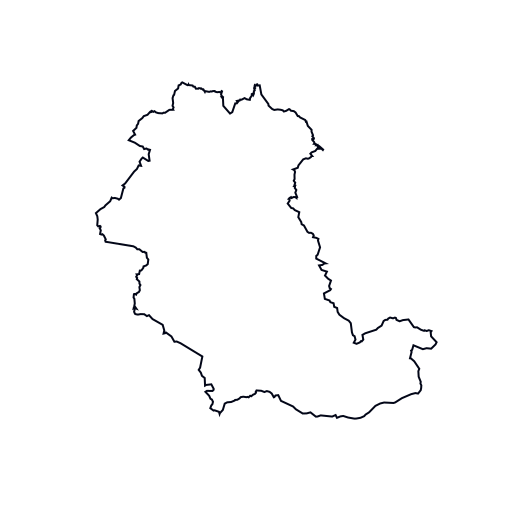 Lifford-Stranorlar Lea-6, Donegal, Ireland, rotated 69°
{"feature_id": "5873133B69749427395931", "entity_name": "Lifford-Stranorlar Lea-6", "entity_type": "district", "adm_level": 2, "iso_a3": "IRL", "parent_name": "Ireland", "parent_adm1": "Donegal", "projection": "mercator", "projection_center": [-7.813, 54.836], "detail": "fine", "context": "isolated", "style": "outline", "palette": "ink", "viewbox_px": 512, "rotation_deg": 69, "n_neighbors": 0, "source": "geoboundaries", "source_scale": "gbopen_adm2", "svg_char_len": 6082}
<svg xmlns="http://www.w3.org/2000/svg" viewBox="0 0 512 512"><g transform="rotate(69 256 256)"><path d="M369.9,136.4L368.5,141.8L368.4,145.3L366.0,147.7L364.0,147.6L363.3,148.4L363.3,150.4L361.5,152.9L361.8,155.0L362.6,156.1L362.0,158.2L362.4,160.1L366.0,163.7L366.9,168.1L367.9,170.1L367.3,181.7L367.8,184.9L372.5,185.8L373.6,187.9L373.1,188.4L373.9,190.1L374.0,193.6L372.0,195.8L369.7,193.1L366.2,192.7L364.7,193.9L361.7,193.8L352.7,191.6L349.6,192.6L345.6,196.1L340.7,199.2L337.4,199.8L333.6,198.9L331.5,201.2L327.9,200.5L325.8,203.1L323.9,203.3L320.7,207.1L315.3,206.0L314.5,199.0L313.7,197.9L312.5,198.7L310.2,198.5L305.8,194.8L303.1,196.8L299.0,198.6L296.0,195.4L292.5,199.8L287.4,200.5L288.1,197.3L287.5,194.8L287.8,193.7L280.0,200.7L277.5,199.7L276.9,198.0L270.9,193.1L263.8,192.6L262.4,191.6L260.6,193.3L258.9,196.0L257.4,194.7L255.6,195.0L254.0,196.4L253.4,198.2L251.9,199.3L244.7,200.3L242.7,202.0L240.5,201.6L234.9,202.6L230.6,199.9L227.0,203.4L224.9,204.2L223.8,205.9L218.4,207.6L216.4,204.8L214.7,204.4L214.4,204.9L213.8,203.8L213.7,202.7L214.1,202.5L213.8,202.1L214.6,201.8L214.4,199.9L215.0,198.3L216.4,197.4L215.7,197.1L215.7,196.5L211.0,196.6L208.8,194.7L206.5,195.4L204.7,194.5L204.5,195.0L204.1,194.2L203.6,194.7L201.6,193.1L199.3,193.8L198.0,192.4L193.8,190.9L191.5,189.4L189.7,189.4L188.5,190.4L188.6,185.4L186.6,183.9L182.7,177.3L182.7,174.4L183.8,172.7L183.9,171.6L183.3,169.2L182.6,168.3L182.8,167.7L180.0,168.6L179.2,167.0L179.2,163.0L177.8,160.6L179.3,156.4L181.0,155.6L180.7,155.2L176.7,157.3L177.5,158.0L177.0,159.0L176.5,158.2L174.8,158.5L175.2,159.2L174.5,159.3L174.2,160.1L173.8,159.5L172.9,160.1L172.1,161.6L171.7,160.9L170.4,160.9L167.7,161.9L167.0,161.6L167.5,160.3L166.8,159.7L164.4,160.5L163.7,159.5L159.9,159.6L158.1,158.9L153.1,161.0L148.6,160.7L148.6,161.3L146.7,161.3L142.4,165.2L140.7,165.9L140.3,166.9L136.2,167.6L134.3,168.8L132.9,171.3L131.0,172.1L130.7,172.6L131.3,175.8L131.1,178.2L129.6,178.8L128.3,180.6L126.9,183.3L126.2,186.6L124.6,188.2L120.1,190.4L118.5,190.0L107.1,193.1L98.0,191.4L97.5,193.3L96.2,193.3L96.1,194.0L97.5,194.6L96.6,194.5L96.6,195.6L96.1,195.9L96.9,196.5L97.8,196.1L98.2,197.2L99.2,197.0L99.2,197.7L101.0,197.9L101.3,198.9L103.7,199.8L104.4,200.5L103.2,200.4L103.3,201.6L104.4,201.4L104.3,202.4L105.0,202.6L106.2,204.7L108.0,205.8L106.4,208.5L104.5,210.1L104.9,213.5L104.3,214.7L105.0,215.4L104.9,216.4L105.4,217.2L104.6,216.9L104.4,218.3L105.5,218.1L106.6,219.3L106.1,220.7L113.2,226.6L113.7,229.2L104.1,232.7L97.4,230.5L95.7,231.0L96.2,230.0L95.9,229.8L94.2,230.7L92.6,230.7L90.1,228.7L89.7,229.0L90.7,230.4L89.7,231.5L89.2,233.5L88.0,235.2L87.2,235.4L86.6,237.1L86.6,238.4L86.1,239.2L86.0,240.9L83.9,244.3L84.5,244.9L81.7,245.4L81.8,245.9L80.0,247.0L80.1,247.5L79.3,248.1L78.8,249.4L79.1,249.9L78.2,252.2L76.1,252.4L75.4,253.8L74.1,254.1L72.3,257.6L71.8,257.6L72.1,257.9L72.0,258.7L67.5,262.6L67.6,263.4L68.9,264.9L69.0,267.1L71.7,268.7L72.9,272.5L76.2,274.7L76.4,275.5L78.7,277.3L83.5,278.5L85.9,280.1L87.7,279.7L89.1,281.0L89.8,280.9L88.5,284.5L89.7,289.6L89.1,290.9L89.3,292.3L87.6,296.0L86.1,297.9L84.4,298.9L84.6,300.3L83.1,301.3L83.4,302.8L84.0,302.7L83.9,304.0L85.3,306.7L85.2,310.7L86.5,312.7L87.9,317.2L90.3,318.7L91.4,320.5L93.5,321.7L95.2,325.9L99.4,325.4L99.4,326.7L100.6,330.3L102.3,333.3L106.8,328.5L111.7,325.0L113.2,322.5L116.1,322.1L116.4,319.7L118.0,318.7L117.8,318.4L118.9,316.9L122.5,319.7L128.9,321.2L128.7,322.5L123.5,326.4L124.1,327.9L126.2,330.9L130.6,331.0L129.4,333.1L132.1,336.0L133.5,339.5L141.4,352.2L142.3,355.3L144.2,354.0L145.1,354.3L145.4,355.6L153.5,361.4L154.3,363.7L153.0,364.5L151.2,367.0L150.7,369.2L149.8,369.8L152.6,372.5L154.8,378.5L155.9,380.1L156.5,384.4L158.6,390.1L162.0,389.9L165.2,390.7L170.4,393.2L171.8,392.7L172.0,390.9L172.7,390.5L173.7,391.0L174.1,392.0L176.4,391.7L179.6,393.7L180.6,392.6L180.6,391.6L182.4,390.7L186.6,390.3L187.3,391.2L188.8,391.3L203.0,367.0L205.1,365.2L207.2,364.4L207.9,362.5L211.6,360.4L212.2,358.5L213.3,358.2L213.7,357.3L218.5,358.5L220.7,357.8L224.8,360.0L225.5,362.0L225.4,364.7L226.6,365.4L228.0,367.5L228.4,368.8L228.0,369.7L231.0,371.6L230.4,373.9L231.2,373.7L232.5,375.3L233.9,374.8L234.9,375.6L238.0,374.0L240.1,374.7L241.7,374.3L243.2,376.0L246.3,376.7L247.6,378.1L248.1,380.8L249.1,381.8L248.1,382.5L247.8,383.4L248.0,383.7L250.9,385.2L252.4,384.9L256.9,386.2L258.8,387.4L262.2,386.6L260.4,388.6L261.0,389.0L260.9,388.2L261.6,387.9L264.4,389.8L266.6,389.7L267.4,388.9L268.4,387.2L268.9,384.5L270.3,381.2L273.0,379.4L272.9,377.1L277.8,375.2L286.8,367.8L292.6,368.3L295.3,370.1L295.5,368.4L295.1,367.5L300.8,363.8L306.8,362.9L307.4,360.7L310.4,357.7L330.6,342.1L340.2,348.2L341.8,350.3L345.1,349.3L348.5,349.4L351.5,347.6L358.7,350.0L358.5,348.8L359.8,343.7L364.8,343.1L365.7,343.5L366.4,345.0L364.3,350.2L364.7,351.9L369.7,349.8L372.9,349.7L374.2,348.6L376.7,348.4L378.8,349.9L379.5,351.3L381.7,353.2L385.1,351.0L385.2,350.0L388.2,346.4L390.4,346.6L389.8,346.1L387.8,342.1L382.6,338.1L382.3,335.3L383.4,331.5L383.3,327.7L382.9,327.1L383.5,325.0L383.1,322.6L382.3,320.8L382.8,318.3L384.4,315.5L384.5,314.4L385.3,313.5L384.4,311.5L385.2,310.7L384.4,308.3L384.4,306.5L383.6,305.0L382.8,305.0L381.7,303.7L383.7,299.4L386.0,296.9L386.0,294.3L387.7,292.0L390.0,290.6L394.3,290.0L394.3,289.4L393.2,287.8L393.9,285.1L400.2,284.6L409.8,275.3L413.4,273.7L419.8,268.8L421.1,265.1L421.5,261.2L427.4,257.7L427.9,256.2L428.0,252.7L433.2,242.4L433.0,238.7L436.1,238.4L436.0,234.7L436.6,231.9L439.8,227.9L443.1,222.4L443.7,220.6L444.5,216.4L444.3,212.4L443.3,210.5L442.5,206.5L438.7,198.2L438.2,192.9L438.7,188.9L442.5,180.3L442.6,178.6L441.0,170.7L440.6,160.6L441.1,156.3L442.5,154.0L440.3,150.3L438.4,149.1L436.0,148.0L434.0,148.2L432.5,147.3L427.0,147.4L421.7,145.7L419.8,144.0L411.0,146.0L407.2,148.0L406.7,148.9L401.3,145.1L399.9,145.1L399.6,143.9L395.8,141.0L402.8,133.6L403.2,129.8L405.3,125.7L402.9,120.1L401.2,118.3L393.8,121.3L389.9,120.3L389.0,119.1L387.2,121.3L387.2,123.5L385.8,125.2L386.1,125.8L385.8,126.3L383.9,128.5L380.3,131.2L379.8,132.9L379.0,134.1L369.9,136.4Z" fill="none" stroke="#020617" stroke-width="2"/></g></svg>